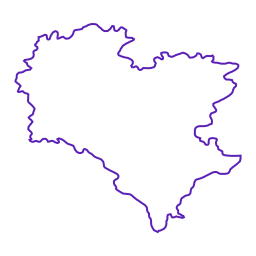 the district of Kalinkavichy, Gomel, Belarus
{"feature_id": "67162791B95934163913722", "entity_name": "Kalinkavichy", "entity_type": "district", "adm_level": 2, "iso_a3": "BLR", "parent_name": "Belarus", "parent_adm1": "Gomel", "projection": "equal_earth", "projection_center": [29.457, 52.185], "detail": "fine", "context": "isolated", "style": "outline", "palette": "violet", "viewbox_px": 256, "rotation_deg": 0, "n_neighbors": 0, "source": "geoboundaries", "source_scale": "gbopen_adm2", "svg_char_len": 5702}
<svg xmlns="http://www.w3.org/2000/svg" viewBox="0 0 256 256"><path d="M38.6,37.1L38.7,40.7L37.1,41.8L36.5,43.3L35.2,44.4L35.2,45.5L36.3,46.4L37.3,47.0L37.5,48.6L36.3,50.0L34.6,50.5L33.5,51.5L33.5,53.4L33.8,54.6L33.5,56.2L33.2,57.0L32.0,58.1L31.2,58.6L29.0,59.3L24.8,60.0L24.0,60.9L25.1,62.0L27.0,63.2L27.2,64.4L27.8,65.7L29.5,66.7L31.3,68.2L30.1,69.6L26.0,70.3L24.4,71.0L23.4,71.8L21.5,72.4L18.8,72.7L17.0,74.4L16.7,76.0L16.7,77.9L15.9,79.7L15.4,81.2L16.3,82.3L19.3,84.5L20.5,85.9L19.1,88.3L18.5,89.8L17.9,91.4L18.5,92.0L19.7,91.9L21.7,91.3L22.7,91.2L23.8,92.3L25.1,93.1L27.7,93.7L28.4,94.6L28.2,96.6L28.2,99.2L27.9,100.8L28.5,102.2L31.6,105.0L33.2,106.7L34.6,108.7L34.4,109.6L33.3,112.3L33.1,113.7L32.6,114.6L31.5,115.1L29.4,116.7L28.7,117.6L29.4,118.6L31.2,120.0L32.5,121.7L30.9,123.9L29.8,125.1L28.5,127.0L28.3,129.2L29.5,130.6L31.3,132.2L31.7,133.0L31.8,134.1L31.0,134.8L30.2,136.3L30.4,137.6L31.4,138.9L30.2,139.8L29.6,139.9L30.1,140.9L32.1,141.8L33.2,141.8L35.5,141.0L36.6,141.0L37.7,141.5L39.2,141.8L39.9,141.7L40.7,141.2L42.0,139.7L43.1,138.9L45.2,138.8L46.3,139.2L47.3,140.3L48.0,141.7L49.6,141.5L50.2,141.2L52.1,140.8L53.9,141.4L54.9,142.2L57.3,143.0L57.9,142.9L58.9,142.3L58.8,141.3L58.4,140.4L57.4,139.2L58.8,138.4L60.7,138.9L62.7,139.9L64.6,141.2L65.2,141.8L67.0,143.3L68.6,144.1L71.5,145.0L73.2,145.7L74.3,147.5L74.6,148.8L75.3,150.0L77.1,152.1L78.9,152.9L80.5,153.0L81.5,152.8L82.6,152.2L83.2,151.2L83.3,150.1L84.1,149.1L85.2,149.1L86.8,149.9L87.7,150.9L88.5,152.1L89.7,153.0L91.5,153.8L94.3,156.5L96.8,157.7L98.8,158.4L101.3,159.5L103.2,161.7L103.6,163.2L104.1,166.5L105.1,167.7L110.1,170.5L113.4,172.0L117.3,174.1L118.5,175.9L118.3,177.3L117.4,178.7L115.5,179.6L114.4,180.5L113.9,181.5L114.0,183.0L114.4,184.7L115.5,185.8L116.3,187.6L116.0,188.9L117.4,190.1L120.2,191.9L123.0,193.5L129.9,194.3L131.4,195.1L133.8,197.2L136.4,199.3L145.1,205.2L146.8,207.4L147.3,211.0L147.7,211.9L149.1,213.6L149.0,215.3L149.3,217.1L150.7,218.9L151.1,221.1L151.1,223.3L151.4,225.4L152.2,227.2L153.8,230.0L155.7,231.1L157.8,232.0L158.5,230.9L160.7,230.4L163.9,228.8L165.2,227.4L166.1,225.7L166.4,223.7L166.4,221.0L167.0,220.2L167.4,218.9L167.4,216.3L167.9,214.9L169.6,214.3L170.6,214.2L171.9,217.1L172.9,217.5L174.6,217.1L176.3,216.4L178.3,217.0L181.3,217.5L182.3,217.9L183.9,217.3L183.4,216.0L181.4,215.1L179.9,214.1L178.5,213.6L178.1,212.8L178.1,210.3L176.9,208.7L176.7,207.7L176.8,207.0L177.7,205.4L179.1,204.7L180.3,203.7L181.1,199.3L181.7,198.3L184.1,196.6L185.5,195.7L189.1,194.8L190.3,193.5L190.9,189.9L191.6,188.2L192.9,187.2L193.8,185.6L194.2,183.9L194.2,182.8L195.6,180.0L196.9,179.4L198.6,179.0L201.3,178.1L203.4,177.2L212.0,172.8L213.5,172.2L216.0,171.9L217.2,172.3L218.7,173.2L220.1,173.8L224.9,173.9L227.2,173.5L228.6,172.9L229.5,171.5L230.5,169.1L233.7,166.5L236.6,164.3L237.9,163.2L240.1,161.0L240.2,159.8L240.6,158.5L240.5,157.1L240.6,155.7L235.0,155.9L231.8,155.9L229.1,155.7L226.7,155.5L224.4,155.1L223.1,154.6L222.5,153.5L222.3,151.3L219.1,149.7L218.2,148.9L218.2,147.8L217.8,146.5L216.6,145.5L216.2,144.5L216.0,143.2L216.0,141.9L216.6,140.8L216.9,139.5L216.1,138.7L214.0,138.2L212.2,138.1L210.3,138.4L209.0,139.4L208.7,140.6L208.7,143.6L208.1,144.5L206.5,144.9L205.3,144.3L204.5,142.7L203.1,141.7L200.3,140.9L199.9,139.5L200.3,138.2L199.2,137.8L197.8,137.4L196.0,136.5L195.0,135.0L194.8,133.4L194.9,129.8L195.5,128.1L196.7,127.0L198.5,126.3L200.5,126.1L203.1,126.2L205.4,126.0L207.7,125.5L209.2,124.6L211.7,123.8L212.0,121.7L211.8,119.8L210.2,116.6L210.3,115.1L211.1,113.5L215.6,111.7L216.3,110.5L215.7,109.0L213.3,105.6L213.3,103.9L214.9,102.8L219.0,101.3L221.0,100.1L223.5,99.0L228.8,95.8L231.3,93.8L232.4,92.4L233.6,88.6L234.2,87.6L235.8,86.3L236.1,85.2L235.9,83.8L233.9,83.0L232.7,81.9L232.0,80.0L228.0,79.5L226.2,79.5L224.5,78.1L224.0,76.2L226.8,74.1L228.7,73.0L232.1,71.6L235.1,70.0L237.7,68.0L238.3,66.5L238.3,65.1L237.1,64.2L235.5,63.6L232.9,63.6L229.7,62.7L227.3,63.0L225.8,63.6L224.2,63.7L221.4,63.7L216.9,62.7L215.4,62.7L212.8,62.2L212.0,61.5L212.6,60.6L213.5,59.7L213.3,57.6L213.5,56.6L212.5,55.5L211.0,56.1L209.7,56.1L207.0,55.9L205.3,56.6L203.0,58.2L201.8,57.4L200.8,54.6L199.5,53.7L198.1,53.4L197.2,53.5L196.7,54.7L196.2,55.5L195.5,56.1L193.2,57.3L191.4,57.6L189.7,57.6L188.8,56.5L187.7,54.9L185.8,53.7L184.1,53.0L182.7,52.7L179.7,53.9L176.4,54.9L172.5,56.7L171.1,56.8L168.6,55.8L167.8,53.2L166.7,52.6L165.2,52.4L162.9,52.5L161.2,53.1L161.2,54.1L162.1,56.2L162.8,56.8L163.0,57.9L163.0,58.8L161.9,59.4L161.1,59.1L159.9,58.2L158.6,57.6L157.4,57.2L155.4,57.9L154.5,58.5L154.0,59.7L154.4,61.2L155.5,62.8L155.8,63.5L155.1,64.8L155.0,65.9L153.8,67.2L150.5,68.1L147.3,68.2L143.2,68.0L142.2,69.0L141.2,69.8L139.6,69.9L138.5,69.1L137.8,67.5L136.3,66.3L135.3,66.5L133.6,67.3L132.0,67.2L131.2,65.8L132.1,64.7L132.7,63.6L132.9,61.8L132.1,60.3L130.5,59.2L127.8,57.9L125.2,57.5L121.2,56.3L118.7,55.2L118.1,53.6L118.8,52.1L120.0,50.7L120.7,48.9L122.1,47.0L122.9,45.7L126.2,43.6L131.0,41.2L132.1,40.9L133.8,39.7L134.0,39.1L132.1,37.9L128.4,37.7L126.3,37.3L125.8,36.0L125.7,33.1L125.8,32.0L126.3,31.0L126.3,30.0L124.1,28.7L122.2,27.4L121.0,27.4L119.5,28.7L118.5,30.2L116.6,31.1L114.7,30.5L114.2,29.3L114.1,27.5L113.7,26.2L112.3,26.0L110.2,29.0L108.9,29.9L107.8,30.9L106.0,31.1L104.3,31.0L102.4,29.9L100.7,28.1L98.6,26.6L97.0,24.8L95.5,24.2L92.4,24.0L90.3,24.3L87.9,25.2L86.0,26.3L83.1,27.3L82.1,28.9L79.7,29.5L77.0,29.8L74.5,30.4L73.7,31.8L73.0,34.2L71.7,36.0L69.7,37.8L68.6,38.4L66.2,38.7L65.3,38.4L63.2,36.8L62.0,37.0L60.5,37.6L59.0,38.4L57.6,38.6L57.4,37.6L57.9,34.6L57.7,32.7L56.9,31.6L55.1,31.2L53.1,32.3L51.7,34.2L50.3,36.8L50.0,38.0L49.5,39.2L48.3,39.5L47.5,39.2L47.0,38.2L46.9,36.6L46.4,35.1L45.0,34.8L40.3,36.8L38.6,37.1Z" fill="none" stroke="#5b21b6" stroke-width="2"/></svg>